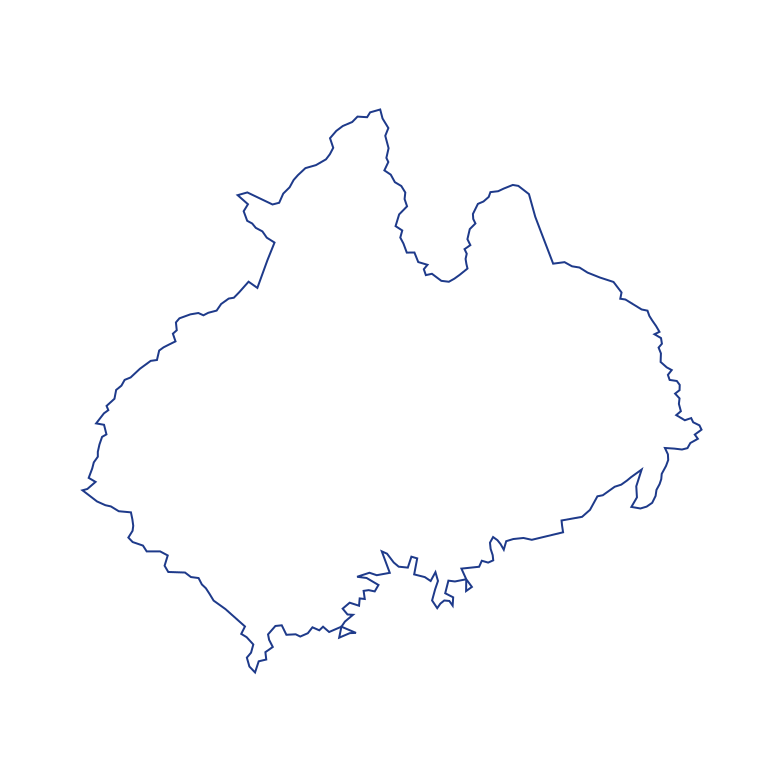 Chapada, Rio Grande do Sul, Brazil (Mercator projection), rotated 84°
{"feature_id": "56859067B28093321381872", "entity_name": "Chapada", "entity_type": "district", "adm_level": 2, "iso_a3": "BRA", "parent_name": "Brazil", "parent_adm1": "Rio Grande do Sul", "projection": "mercator", "projection_center": [-53.106, -28.094], "detail": "fine", "context": "isolated", "style": "outline", "palette": "blue", "viewbox_px": 768, "rotation_deg": 84, "n_neighbors": 0, "source": "geoboundaries", "source_scale": "gbopen_adm2", "svg_char_len": 3903}
<svg xmlns="http://www.w3.org/2000/svg" viewBox="0 0 768 768"><g transform="rotate(84 384 384)"><path d="M620.9,451.7L616.2,447.7L610.3,439.0L609.4,444.4L603.1,448.6L597.9,441.0L601.9,432.0L594.7,430.6L595.8,425.6L587.6,425.9L587.4,420.8L589.3,414.9L583.3,410.5L575.1,421.6L572.9,430.9L570.2,418.2L573.4,411.2L572.4,398.0L550.2,403.7L553.1,398.7L562.5,393.0L567.2,388.5L569.1,379.5L558.6,374.8L560.9,369.2L576.5,373.9L580.3,363.6L584.8,358.2L576.5,352.5L585.5,350.9L593.5,354.6L604.3,358.8L612.5,354.5L608.3,350.9L605.6,346.7L606.6,341.7L611.6,338.9L603.4,337.5L598.5,345.0L586.3,340.5L587.8,334.1L586.8,322.6L575.7,326.3L575.7,308.5L570.0,305.2L572.5,299.1L570.8,293.8L565.6,293.8L559.1,295.2L552.9,295.2L547.6,291.5L551.2,287.5L555.4,284.8L561.3,282.2L553.1,278.9L551.7,271.6L551.7,261.4L554.4,253.3L550.2,221.4L543.5,221.7L538.3,221.7L536.8,200.9L530.7,192.3L518.0,183.5L517.5,178.0L510.3,165.3L508.9,158.6L505.4,152.4L502.4,147.9L496.0,136.7L512.1,143.8L523.2,144.3L532.1,150.8L534.6,142.0L533.4,135.6L530.2,129.7L523.7,125.6L517.8,124.1L512.4,120.4L507.6,118.2L502.4,117.2L495.0,112.1L489.3,109.3L483.6,109.0L477.0,111.3L478.6,102.0L480.3,94.5L479.5,88.9L474.7,85.5L471.3,77.6L466.8,80.2L462.6,73.0L458.1,74.6L454.4,80.5L450.0,82.1L451.5,88.6L445.5,96.6L442.1,91.6L434.6,92.8L429.2,91.6L424.0,95.5L421.0,90.7L415.8,90.0L411.6,92.5L409.8,99.5L404.6,100.7L400.2,96.4L397.0,101.1L391.0,106.6L382.5,105.4L376.5,107.1L373.0,103.4L367.3,103.7L362.8,109.8L360.9,104.6L354.9,107.3L348.7,110.7L344.0,113.0L338.6,114.3L336.8,120.0L325.2,135.1L323.9,140.1L317.8,138.2L306.5,145.1L300.7,158.1L294.5,169.9L288.6,177.4L286.6,184.7L281.7,191.7L282.0,203.2L249.8,211.8L233.5,216.1L210.3,220.0L201.0,229.7L199.5,235.1L202.2,244.6L204.2,250.3L204.3,258.1L208.9,260.3L212.9,266.0L214.7,271.8L224.2,277.8L229.2,278.0L233.9,276.3L238.9,282.5L248.7,285.9L254.9,283.6L258.3,289.8L263.1,288.1L268.1,289.8L273.3,289.5L277.9,288.9L283.4,297.4L286.6,303.0L289.1,308.8L287.4,316.2L279.4,324.8L280.1,331.0L274.0,332.4L270.0,328.3L266.3,337.2L256.4,340.0L255.7,347.6L246.3,350.0L240.1,352.5L233.2,349.8L228.2,356.0L216.9,351.2L209.7,342.5L202.2,344.2L195.8,342.8L188.9,346.1L184.4,352.1L176.5,355.4L171.6,361.3L163.7,356.5L159.4,358.0L150.0,354.8L137.3,356.8L129.9,352.9L119.8,357.7L110.6,359.1L112.4,369.4L116.9,372.9L115.3,382.4L120.1,388.2L123.1,398.0L127.3,405.0L133.9,412.0L143.8,409.8L149.8,413.8L154.5,418.2L159.2,428.8L161.1,439.6L167.3,447.8L171.6,452.5L178.5,457.3L184.1,464.3L192.8,469.3L193.8,476.1L179.2,499.9L180.9,509.8L191.0,500.5L197.5,505.5L207.4,503.0L210.6,498.3L215.3,495.2L219.5,489.0L226.2,485.3L231.9,478.1L248.7,487.0L275.2,499.9L268.1,508.0L277.7,518.5L282.5,524.3L282.8,529.5L287.4,537.6L293.5,542.8L294.8,551.3L296.8,556.4L294.0,561.2L294.5,569.3L297.3,580.6L301.0,584.5L308.9,584.5L311.9,588.7L319.8,586.9L322.2,593.4L324.5,599.4L327.2,604.1L336.4,607.3L336.6,613.6L343.3,625.1L351.0,635.3L352.8,641.5L358.2,645.3L361.9,651.0L370.5,653.6L376.8,662.2L381.2,660.9L383.9,665.6L393.1,674.4L395.3,666.7L405.1,665.3L407.1,669.9L414.4,673.3L421.5,675.7L426.4,676.2L431.6,680.8L437.5,683.0L446.5,687.5L451.2,681.1L457.4,690.0L458.2,695.0L462.6,690.3L470.8,681.7L475.4,673.8L477.2,668.4L482.8,661.1L485.2,649.1L492.3,648.4L498.8,648.2L503.7,649.4L510.0,654.3L514.9,650.5L519.5,640.6L525.7,637.5L527.1,624.1L531.9,617.0L541.8,621.2L548.4,618.2L550.7,601.6L555.8,596.2L557.6,588.7L564.3,586.1L568.5,582.5L574.6,579.4L581.6,576.1L591.2,565.3L610.6,547.6L617.6,552.1L621.4,547.1L629.4,541.2L637.3,544.3L641.8,549.0L650.9,547.4L657.4,542.4L646.7,537.6L645.7,529.9L638.3,530.0L633.9,522.1L626.4,525.0L620.9,525.5L613.3,517.3L613.3,510.9L623.2,507.3L623.7,498.0L626.4,493.7L623.9,485.8L618.5,480.6L622.2,474.1L619.0,470.0L624.9,464.5L620.9,451.7ZM620.9,451.7L631.6,455.1L628.2,444.0L628.6,437.9L620.9,451.7ZM586.8,322.6L598.5,324.0L595.0,317.8L586.8,322.6Z" fill="none" stroke="#1e3a8a" stroke-width="2"/></g></svg>